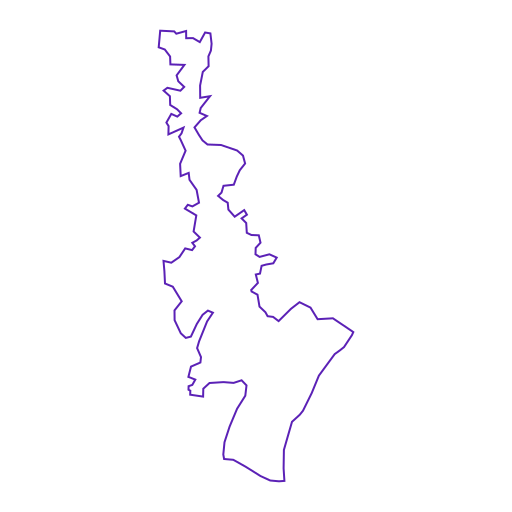 outline of Kumkurgan, Surkhandarya, Uzbekistan
{"feature_id": "79887680B83701806850214", "entity_name": "Kumkurgan", "entity_type": "district", "adm_level": 2, "iso_a3": "UZB", "parent_name": "Uzbekistan", "parent_adm1": "Surkhandarya", "projection": "equal_earth", "projection_center": [67.631, 37.927], "detail": "fine", "context": "isolated", "style": "outline", "palette": "violet", "viewbox_px": 512, "rotation_deg": 0, "n_neighbors": 0, "source": "geoboundaries", "source_scale": "gbopen_adm2", "svg_char_len": 2222}
<svg xmlns="http://www.w3.org/2000/svg" viewBox="0 0 512 512"><path d="M163.5,260.9L164.4,271.2L165.0,283.5L172.8,286.7L181.7,301.3L174.5,310.4L174.6,320.2L180.8,333.3L185.8,337.9L190.9,336.6L196.8,324.0L202.6,314.8L207.9,310.6L212.9,312.7L207.1,321.4L203.6,330.1L199.1,341.3L197.1,348.1L201.0,357.1L200.4,362.5L191.0,366.6L188.4,376.9L195.3,379.6L192.3,384.9L188.6,386.2L188.5,389.7L190.3,390.7L190.2,394.7L203.1,396.6L203.3,388.7L209.5,383.0L223.5,382.1L233.6,382.9L241.6,380.3L246.5,385.4L245.3,395.7L237.1,408.7L229.6,426.6L224.5,442.2L223.3,454.5L224.1,459.0L233.3,459.8L245.6,466.7L260.6,476.1L270.2,480.5L279.0,481.3L284.4,480.9L283.6,468.4L283.9,449.9L286.4,441.2L292.0,421.8L299.8,414.7L303.0,410.7L311.7,393.1L318.9,375.6L334.7,354.1L340.1,350.2L344.0,347.1L351.9,335.2L353.3,332.1L351.6,330.9L332.9,318.3L317.6,319.2L310.5,307.6L299.5,302.2L291.0,308.8L278.6,321.1L273.1,316.9L267.6,316.2L265.4,312.2L259.5,306.6L257.5,294.7L251.6,291.5L251.2,290.0L257.9,282.9L255.8,274.5L260.0,273.6L261.6,265.8L266.3,264.5L273.3,263.3L276.7,257.6L269.4,254.3L259.6,256.9L255.5,254.3L255.7,247.9L260.5,242.7L258.8,235.3L251.4,235.0L246.8,232.8L246.2,223.0L241.6,218.4L246.9,214.7L244.2,210.1L234.7,216.7L228.4,209.6L227.7,202.7L223.1,200.0L218.1,195.9L221.5,192.6L223.5,185.8L233.8,184.7L236.8,176.5L239.8,170.2L245.1,163.5L243.0,155.6L237.1,150.5L221.0,145.0L207.5,144.5L202.5,140.4L198.9,134.9L194.5,127.4L200.8,120.2L206.9,116.0L199.6,112.8L200.7,108.0L210.0,96.2L200.2,97.8L200.1,85.5L202.8,71.9L208.6,66.2L208.4,56.4L210.9,50.6L211.6,43.8L210.4,33.4L205.1,32.5L199.8,42.1L193.0,38.1L186.2,38.2L186.1,31.0L176.3,33.7L174.2,31.4L160.2,30.7L158.7,47.3L164.8,49.5L170.1,56.5L170.4,64.4L184.4,64.9L176.6,75.4L178.3,81.3L184.2,86.9L180.4,90.7L167.4,87.8L163.6,90.6L169.9,96.2L170.2,105.0L177.0,109.2L181.1,113.3L177.3,116.6L171.3,113.9L166.4,122.6L168.6,126.1L168.4,134.4L183.5,127.6L181.5,133.4L179.0,136.7L180.8,140.2L185.6,150.7L180.1,163.8L180.7,176.1L188.7,172.9L189.5,179.8L196.6,189.9L199.0,202.7L192.4,206.4L187.8,204.8L184.9,208.6L196.3,215.4L193.6,231.5L199.9,237.6L196.6,240.5L192.3,242.8L195.0,246.3L192.1,250.1L185.2,248.4L179.4,257.1L171.3,262.7L163.5,260.9Z" fill="none" stroke="#5b21b6" stroke-width="2"/></svg>